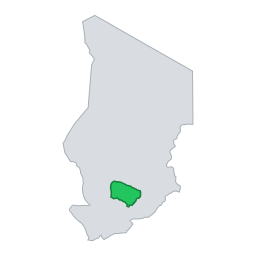 Barh-Signaka, Guéra, Chad shown in context
{"feature_id": "50815135B50589595383303", "entity_name": "Barh-Signaka", "entity_type": "district", "adm_level": 2, "iso_a3": "TCD", "parent_name": "Chad", "parent_adm1": "Guéra", "projection": "robinson", "projection_center": [18.652, 10.779], "detail": "fine", "context": "in_parent", "style": "filled", "palette": "green", "viewbox_px": 256, "rotation_deg": 0, "n_neighbors": 0, "source": "geoboundaries", "source_scale": "gbopen_adm2", "svg_char_len": 4674}
<svg xmlns="http://www.w3.org/2000/svg" viewBox="0 0 256 256"><path d="M192.5,71.1L192.6,77.4L192.6,83.6L192.7,89.9L192.7,96.2L192.8,102.5L192.8,108.8L192.9,115.1L192.9,121.4L193.0,123.5L192.8,124.3L192.7,124.4L192.5,124.6L189.6,124.0L188.3,124.0L186.5,124.4L183.9,124.7L182.2,124.6L181.0,125.7L180.1,127.0L180.5,130.1L180.4,131.1L180.1,132.2L179.3,133.1L178.5,133.9L178.0,134.5L177.4,135.9L177.0,136.6L177.0,137.5L176.9,138.4L176.4,138.9L175.2,139.3L174.4,139.7L173.7,140.3L173.3,140.8L173.5,141.5L173.8,142.4L174.0,143.8L174.2,144.6L174.8,145.3L175.1,145.7L175.3,146.3L174.9,146.8L173.4,147.8L172.8,148.2L172.1,148.7L171.9,148.9L170.8,149.9L170.2,150.7L169.9,151.4L170.0,152.4L170.5,153.9L171.1,155.1L171.4,156.1L171.5,157.1L171.5,158.1L171.2,158.9L170.6,159.7L168.5,161.1L167.5,162.7L166.7,164.6L166.5,165.7L166.7,166.4L167.2,166.9L167.8,167.2L168.7,167.3L170.2,167.0L171.6,166.8L173.0,167.5L173.8,169.1L173.5,170.3L174.1,172.4L174.6,175.0L174.6,175.9L174.8,176.2L175.7,176.3L175.9,177.0L175.6,181.5L176.1,182.7L176.7,183.6L177.4,184.1L178.1,184.7L178.4,185.1L179.3,185.2L180.2,186.1L180.4,187.1L180.4,188.2L179.8,190.5L179.4,192.1L178.9,191.9L177.8,191.6L176.5,191.2L174.9,191.0L173.3,191.6L171.7,192.4L171.2,193.0L170.7,193.4L170.0,193.3L169.3,193.4L168.9,194.0L168.3,194.6L165.9,196.0L165.4,196.4L165.1,196.9L165.1,197.4L165.4,198.5L165.4,199.9L164.9,200.9L164.2,201.7L163.5,201.9L162.9,202.1L162.6,202.5L161.3,205.0L160.8,205.5L159.7,205.4L156.5,209.1L156.2,210.2L155.1,211.7L153.6,213.4L152.3,214.2L152.2,214.6L151.8,214.9L151.0,215.3L148.3,217.3L144.9,217.3L143.4,218.1L142.0,218.4L139.9,218.8L139.3,218.8L136.6,219.0L133.4,218.9L132.2,219.2L131.1,220.0L130.2,220.7L130.1,220.9L130.2,221.2L130.2,221.4L132.4,223.1L132.9,224.0L132.4,224.8L132.1,224.9L132.1,225.0L131.7,225.6L130.4,227.5L128.5,229.8L127.5,230.4L127.0,230.9L126.5,232.4L126.2,232.6L124.8,232.8L122.1,233.0L118.4,233.4L116.2,233.6L114.8,233.5L112.9,234.5L112.2,234.8L111.8,234.9L109.8,235.9L108.2,237.4L107.6,237.7L105.4,238.4L104.5,239.5L104.1,239.6L102.6,238.2L101.6,236.9L101.2,235.6L101.1,235.1L100.8,235.2L100.0,235.8L99.4,236.4L99.0,237.7L96.7,238.6L94.7,239.3L93.8,240.2L92.4,240.6L90.6,240.5L89.2,240.1L87.9,240.0L88.5,238.8L88.8,238.0L88.8,236.9L88.7,236.2L87.9,235.9L87.4,235.3L86.3,232.1L85.1,228.7L83.4,225.4L81.5,223.3L80.2,222.0L79.8,221.8L79.1,221.4L78.6,221.0L76.2,218.8L73.7,216.3L73.0,215.1L71.8,213.4L70.4,211.6L69.6,210.8L69.3,209.4L70.3,208.1L71.3,206.4L72.6,205.3L74.3,205.2L77.0,205.7L79.9,205.8L82.9,205.5L83.6,205.3L84.4,205.3L85.9,205.7L88.7,205.6L90.1,204.9L88.6,203.8L86.9,202.0L85.4,200.0L84.5,198.2L83.6,195.9L82.9,193.0L82.4,189.3L82.5,187.2L82.7,185.7L83.6,183.3L83.0,181.9L83.1,180.7L83.1,179.0L82.8,178.1L81.8,175.3L81.5,175.0L80.6,173.0L80.2,169.7L79.2,167.6L77.5,166.5L76.5,165.2L76.1,163.0L75.5,162.4L72.8,161.6L70.6,161.6L68.9,159.1L66.9,155.8L64.9,152.8L63.7,146.7L63.0,143.2L63.8,142.2L65.4,139.7L67.5,135.0L72.1,127.7L74.5,123.9L79.2,118.3L84.9,111.4L88.2,107.6L88.7,100.5L89.3,93.1L89.8,87.4L90.3,80.7L90.8,75.1L91.1,71.1L91.6,65.3L92.0,64.2L94.2,59.7L94.4,59.1L94.0,58.3L90.8,54.5L89.8,53.6L89.3,51.6L90.1,50.5L86.3,44.0L85.3,43.3L84.9,42.5L84.9,41.3L84.8,36.8L83.9,29.8L82.6,21.7L87.1,19.4L90.5,17.6L94.8,15.4L98.8,17.7L104.7,21.0L110.5,24.3L116.3,27.7L122.1,31.0L128.0,34.4L133.8,37.7L139.7,41.0L145.5,44.4L151.4,47.7L157.3,51.0L163.1,54.4L169.0,57.7L174.9,61.0L180.8,64.4L186.7,67.7L192.5,71.1Z" fill="#d9dde1" stroke="#a8b0b8" stroke-width="1"/><path d="M110.9,196.9L111.5,197.4L112.4,197.7L113.5,198.7L115.8,198.3L117.5,198.0L118.7,199.4L119.4,199.7L120.0,200.1L120.5,199.9L121.2,200.1L121.8,200.5L122.3,200.9L122.8,201.3L123.4,201.6L123.9,201.5L124.6,202.0L125.3,202.4L127.2,204.7L127.0,206.2L128.3,206.8L129.0,206.7L129.4,205.2L132.0,205.2L132.5,205.0L133.2,203.8L133.3,203.2L133.5,202.9L134.2,203.0L134.3,202.4L134.6,202.1L135.1,201.9L135.6,201.2L136.0,200.8L135.9,200.2L136.3,199.6L136.4,199.0L136.9,198.4L137.7,198.0L138.2,198.3L138.8,198.3L139.2,197.7L139.3,197.6L140.0,197.0L140.1,196.9L140.3,196.8L140.3,196.7L140.6,194.9L140.3,192.7L140.7,192.2L140.3,191.7L140.2,190.9L139.7,190.9L139.4,190.7L138.6,190.4L137.5,190.2L136.6,189.5L135.5,189.0L134.8,188.7L134.5,188.4L134.4,188.4L134.2,188.3L133.2,187.9L132.6,187.6L132.3,187.5L131.6,187.1L131.2,186.5L130.4,186.2L128.4,185.6L126.5,185.2L125.6,184.5L123.9,183.7L122.6,183.1L121.4,182.5L119.8,182.0L118.5,181.9L117.2,181.9L116.1,181.7L115.2,181.3L114.5,181.3L113.6,181.4L112.8,182.0L112.1,182.7L111.5,183.3L111.0,184.3L110.7,186.5L110.7,186.8L110.6,187.3L110.6,187.7L110.9,189.9L111.1,190.5L111.3,191.8L111.3,193.8L111.2,195.6L110.9,196.9Z" fill="#22c55e" stroke="#15803d" stroke-width="1.5"/></svg>